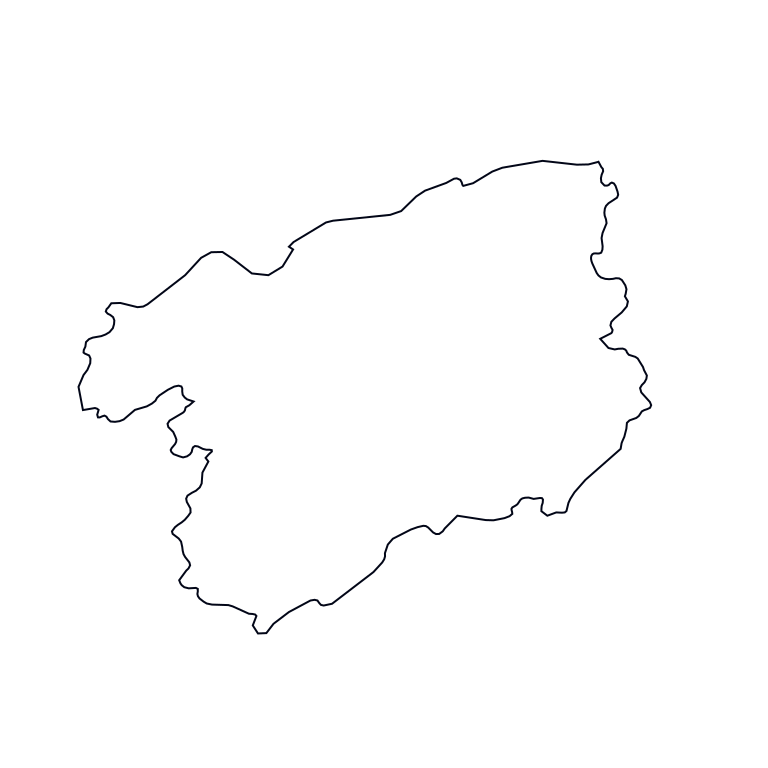 map outline of Šiauliai (Equal Earth projection), rotated 338°
{"feature_id": "LTU-1072", "entity_name": "Šiauliai", "entity_type": "County", "adm_level": 1, "iso_a3": "LTU", "parent_name": "Lithuania", "parent_adm1": "", "projection": "equal_earth", "projection_center": [23.21, 55.943], "detail": "fine", "context": "isolated", "style": "outline", "palette": "ink", "viewbox_px": 768, "rotation_deg": 338, "n_neighbors": 0, "source": "natural_earth", "source_scale": "10m", "svg_char_len": 4220}
<svg xmlns="http://www.w3.org/2000/svg" viewBox="0 0 768 768"><g transform="rotate(338 384 384)"><path d="M273.2,197.1L283.7,201.1L291.5,212.5L302.9,232.0L317.6,239.8L333.9,237.1L350.1,225.2L347.3,221.1L353.3,218.5L390.7,212.5L397.9,213.5L419.6,219.8L453.1,229.5L464.7,230.1L484.1,222.2L494.5,220.1L517.0,220.9L525.8,219.9L528.5,220.6L531.2,223.3L531.6,226.2L531.3,228.7L531.7,230.0L541.8,231.2L564.0,227.6L574.7,227.8L578.9,228.7L614.6,236.5L645.0,252.9L655.8,257.0L665.6,258.3L666.1,258.3L666.8,264.5L667.5,266.4L666.9,268.8L664.2,271.5L662.2,274.5L661.1,278.3L662.8,282.6L665.1,283.6L666.8,283.7L669.1,282.7L670.7,282.6L672.3,284.2L672.9,287.1L672.6,293.1L672.0,296.3L669.9,298.5L659.9,300.5L656.6,302.0L654.5,304.1L652.5,307.7L651.7,310.5L651.5,314.5L650.6,318.3L643.2,325.9L640.4,330.2L638.3,338.2L636.8,341.3L634.6,343.6L632.7,343.6L631.3,343.2L629.2,342.2L627.5,341.6L625.9,341.7L624.4,342.7L623.5,344.0L622.8,345.7L622.4,347.9L622.3,350.2L622.8,360.8L623.5,363.7L625.1,366.5L628.5,369.4L631.9,371.1L635.7,372.3L638.7,372.8L641.6,374.2L643.5,376.7L644.7,382.9L644.3,387.0L641.8,391.0L640.2,392.9L641.1,398.8L638.2,403.0L631.2,406.7L622.3,409.6L618.1,411.5L615.9,414.5L615.9,417.0L616.2,419.5L615.0,421.2L613.9,422.0L601.4,423.1L605.6,434.7L610.9,438.4L614.4,439.1L618.6,440.6L620.3,442.1L621.1,443.8L621.1,445.8L621.9,448.6L627.2,453.0L628.8,455.4L630.5,465.3L630.3,468.6L630.9,474.6L629.2,477.5L626.2,480.0L622.6,481.6L619.9,483.7L619.4,488.2L623.8,500.3L623.8,503.7L621.8,505.7L618.7,505.9L615.5,505.7L612.8,506.0L608.3,509.1L605.2,510.0L598.0,509.7L594.7,511.0L592.0,516.2L587.1,522.9L583.4,526.5L582.1,527.9L579.1,532.8L534.9,548.3L520.0,555.8L513.7,560.3L510.5,563.3L505.6,570.1L503.5,570.8L500.8,570.0L495.6,567.6L486.1,567.3L482.3,560.9L483.1,558.9L484.6,556.0L486.6,553.7L488.1,550.7L487.7,549.0L485.9,548.1L479.7,546.6L475.6,543.5L472.2,542.3L469.4,541.9L467.3,542.4L465.9,543.3L464.5,544.3L462.6,545.5L460.6,546.0L456.8,546.5L455.5,547.4L455.1,548.5L454.8,550.8L454.3,552.5L450.9,553.6L445.5,553.5L434.5,551.4L427.4,548.3L402.7,533.6L386.2,540.7L383.3,542.6L379.0,543.7L376.0,542.6L373.9,540.0L371.2,533.6L369.6,531.4L367.3,530.2L361.5,529.3L354.4,529.0L334.2,530.8L327.4,534.3L321.5,541.2L320.4,544.2L318.5,546.6L315.5,548.8L303.8,554.4L253.5,568.3L245.1,566.8L242.8,565.2L241.9,562.8L241.2,559.8L238.8,558.1L234.7,557.2L210.5,559.8L191.8,564.9L181.6,570.9L173.7,568.1L171.9,558.7L178.8,551.3L178.2,549.5L176.0,548.0L172.7,546.4L160.4,533.5L156.9,530.7L141.9,524.1L137.4,521.1L135.2,518.2L132.6,513.7L132.0,511.1L132.3,508.8L133.6,506.7L134.6,504.2L133.2,502.6L126.4,500.3L122.7,497.6L121.1,494.8L120.6,492.7L120.6,489.2L130.8,482.9L133.6,481.8L136.3,479.5L136.7,476.5L134.8,469.9L134.4,466.7L134.9,463.2L135.9,459.4L136.8,454.1L135.8,450.4L131.9,443.8L132.2,441.2L136.5,438.5L140.1,437.4L144.6,436.5L148.4,435.3L153.1,432.9L156.5,430.7L157.9,426.8L157.0,419.5L157.6,416.2L160.0,413.9L165.2,412.9L169.7,412.5L174.5,410.8L177.7,407.9L182.5,398.1L192.1,390.1L190.9,385.7L194.9,383.7L199.1,382.1L199.5,380.8L197.8,379.7L194.5,378.3L191.7,376.3L188.1,372.2L185.5,370.7L183.2,371.2L181.7,372.8L180.3,374.9L177.8,376.5L174.3,377.3L170.2,376.8L167.2,374.4L162.6,370.2L161.4,367.2L161.5,365.3L163.1,363.9L167.8,361.4L169.6,359.8L170.7,357.8L170.8,354.7L170.6,349.5L167.9,343.1L168.4,339.8L171.5,337.6L186.8,335.3L188.2,334.8L189.5,333.9L190.9,331.9L191.6,331.3L195.5,330.8L200.9,328.9L195.7,324.5L194.2,321.9L193.3,318.6L194.1,315.4L195.3,312.5L195.2,310.4L192.9,308.6L188.6,307.8L181.5,308.4L171.7,310.4L168.3,311.8L165.8,313.9L161.5,315.2L155.7,315.9L143.4,314.7L129.3,319.4L124.9,319.4L120.4,318.3L116.4,316.3L114.9,313.1L114.4,310.3L113.0,308.6L110.7,308.4L107.9,308.5L106.3,307.8L106.6,305.0L109.7,301.1L108.7,299.4L107.0,298.0L95.1,295.4L99.7,272.2L108.8,263.1L114.3,259.8L119.4,254.7L121.4,250.4L121.3,247.1L118.0,243.7L117.2,242.3L118.4,240.0L121.1,237.5L123.4,233.5L127.3,231.9L131.3,231.9L139.8,233.7L144.4,233.8L148.9,233.1L153.5,230.7L156.1,227.4L157.8,224.0L157.9,220.6L156.1,217.5L154.1,215.2L153.2,212.6L154.8,210.7L157.2,209.7L161.4,207.0L169.9,210.1L184.2,220.4L189.8,222.0L194.6,221.5L240.4,208.6L252.2,203.0L261.7,198.5L273.2,197.1Z" fill="none" stroke="#020617" stroke-width="2"/></g></svg>